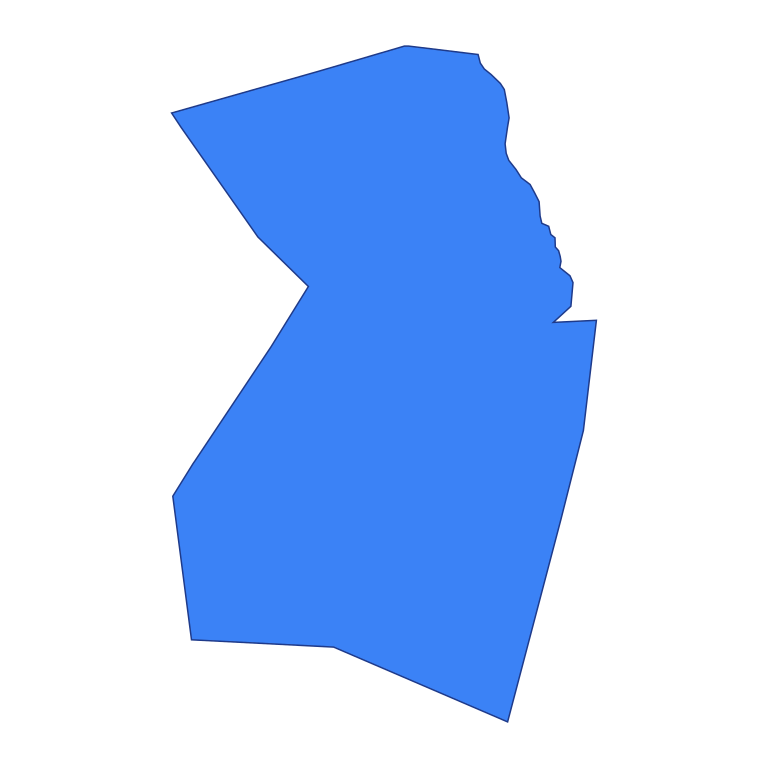 the district of Bayanxongor, Bayanhongor, Mongolia
{"feature_id": "93677404B23536914155847", "entity_name": "Bayanxongor", "entity_type": "district", "adm_level": 2, "iso_a3": "MNG", "parent_name": "Mongolia", "parent_adm1": "Bayanhongor", "projection": "robinson", "projection_center": [100.717, 46.188], "detail": "fine", "context": "isolated", "style": "filled", "palette": "blue", "viewbox_px": 768, "rotation_deg": 0, "n_neighbors": 0, "source": "geoboundaries", "source_scale": "gbopen_adm2", "svg_char_len": 770}
<svg xmlns="http://www.w3.org/2000/svg" viewBox="0 0 768 768"><path d="M191.5,639.8L333.8,647.1L334.1,647.3L507.6,721.9L560.9,519.5L583.4,430.5L596.4,320.3L553.3,322.4L570.9,306.3L571.9,295.1L573.0,282.6L570.0,275.8L559.8,267.6L561.0,261.3L560.2,256.4L558.6,250.7L555.3,247.0L555.0,237.8L550.8,234.5L548.7,226.3L541.8,223.3L540.1,216.0L539.1,201.7L534.6,192.8L530.1,184.5L521.3,177.8L516.0,169.5L508.8,160.4L506.2,153.3L505.1,143.8L507.5,127.3L509.1,117.9L506.8,102.6L504.3,89.5L500.4,83.5L491.1,74.5L484.3,69.0L480.3,63.1L478.1,54.5L464.1,52.8L408.7,46.1L404.3,46.1L317.8,71.5L171.6,113.0L181.1,127.4L247.7,222.4L257.9,237.0L308.4,286.5L271.1,346.7L194.6,461.4L193.2,463.4L172.8,496.2L175.9,519.9L191.5,639.8Z" fill="#3b82f6" stroke="#1e3a8a" stroke-width="1.5"/></svg>